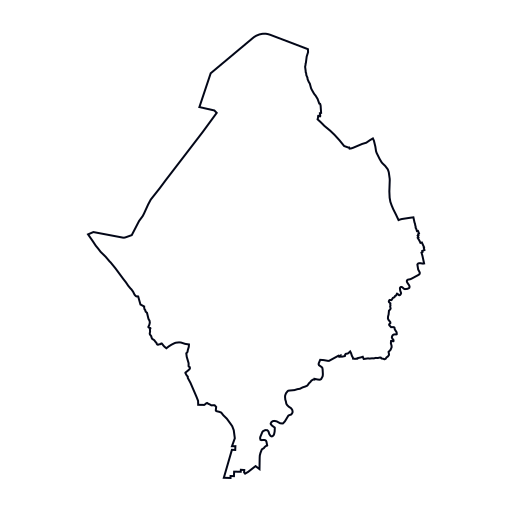 In Buri, Sing Buri, Thailand, rotated 271°
{"feature_id": "78962969B87157930386242", "entity_name": "In Buri", "entity_type": "district", "adm_level": 2, "iso_a3": "THA", "parent_name": "Thailand", "parent_adm1": "Sing Buri", "projection": "mercator", "projection_center": [100.326, 15.029], "detail": "fine", "context": "isolated", "style": "outline", "palette": "ink", "viewbox_px": 512, "rotation_deg": 271, "n_neighbors": 0, "source": "geoboundaries", "source_scale": "gbopen_adm2", "svg_char_len": 6034}
<svg xmlns="http://www.w3.org/2000/svg" viewBox="0 0 512 512"><g transform="rotate(271 256 256)"><path d="M403.9,196.8L400.8,211.8L398.4,214.2L379.0,200.5L330.1,164.3L322.0,158.5L310.6,149.8L305.7,147.3L296.5,143.3L293.9,142.0L289.0,138.5L274.7,131.4L272.8,126.4L272.1,124.4L272.0,122.9L277.1,93.0L274.7,87.7L267.6,92.8L263.5,95.6L260.7,98.0L257.4,100.6L252.6,105.7L248.0,109.7L247.0,110.8L241.3,115.6L230.6,123.8L227.4,126.4L224.1,128.7L221.3,131.1L220.6,131.9L218.2,133.7L215.3,135.2L214.8,135.6L213.9,136.5L213.5,137.2L213.6,138.7L213.5,138.9L205.5,141.3L203.6,145.0L203.3,144.9L200.7,145.5L200.0,146.2L198.5,146.6L197.3,148.0L191.2,149.6L189.4,150.7L187.4,151.0L185.2,150.5L183.2,149.6L182.9,149.7L182.6,150.1L182.2,150.8L182.1,151.6L181.9,151.7L180.7,151.2L178.6,151.4L176.6,151.1L175.7,151.3L174.1,152.6L172.4,153.1L171.4,153.6L170.0,155.8L168.6,156.8L167.5,157.9L166.5,158.3L165.9,158.7L165.6,159.2L165.6,159.7L166.0,160.7L166.2,162.0L166.9,162.8L166.8,163.4L164.6,165.2L163.6,166.2L162.2,168.0L164.2,170.5L165.9,173.1L167.5,176.2L167.9,177.4L168.3,180.6L168.2,182.4L166.9,186.7L166.4,190.5L164.0,190.4L160.9,189.5L159.0,189.2L158.2,188.7L157.5,188.0L154.0,188.5L147.6,190.5L144.7,190.5L144.3,190.7L143.7,191.7L142.7,191.9L141.7,191.5L140.0,189.7L138.2,187.5L137.9,187.4L135.5,188.7L134.2,189.9L133.0,189.9L128.0,192.7L114.3,198.9L110.2,200.6L106.2,200.8L106.2,206.8L106.9,207.8L107.9,208.9L108.2,209.7L108.0,210.1L107.4,210.8L107.0,212.0L105.9,214.0L106.1,216.9L106.0,217.3L104.4,218.8L101.1,218.5L100.6,218.6L100.1,219.5L99.5,222.2L98.8,224.0L96.2,226.1L92.8,229.7L87.5,233.7L85.4,235.2L81.4,236.8L73.4,238.0L65.4,235.3L65.5,238.7L61.7,238.6L61.8,235.3L33.7,227.7L33.6,234.4L35.6,234.4L35.5,237.8L40.0,237.9L40.0,241.4L40.0,244.5L42.0,244.6L41.8,248.0L39.4,247.9L38.2,248.9L40.0,251.9L45.9,259.2L43.0,263.2L54.8,263.2L56.7,263.3L59.2,263.9L62.2,265.0L62.9,265.4L64.0,267.2L64.9,267.8L65.7,268.6L66.4,269.6L66.6,270.4L66.7,270.5L70.4,269.7L71.5,269.2L72.1,268.1L72.2,267.0L72.0,264.6L72.3,263.7L73.8,263.3L75.0,263.4L80.1,265.4L81.0,266.1L82.1,268.3L82.0,270.3L81.4,271.0L80.8,271.5L78.0,272.5L76.5,273.6L76.2,274.0L75.9,274.7L76.1,275.6L76.7,276.3L77.6,277.0L78.7,277.3L80.8,277.7L84.4,277.8L84.8,277.7L86.6,275.1L88.0,273.8L88.5,273.6L89.0,273.7L90.4,274.5L91.3,276.0L91.4,277.6L91.0,279.6L89.2,283.0L89.0,285.2L89.1,285.9L89.4,286.2L91.2,287.8L96.9,291.1L97.4,291.9L98.1,293.9L99.1,294.7L100.1,295.2L100.8,295.3L101.7,295.2L103.0,294.8L104.5,293.6L105.9,291.4L107.4,289.8L108.8,288.9L111.2,288.4L112.9,287.8L115.6,287.5L117.1,287.6L119.3,288.4L121.3,289.9L121.8,290.5L122.0,291.2L122.6,296.8L123.6,299.8L124.0,302.2L125.4,304.8L126.3,307.4L127.1,309.2L127.6,309.8L129.8,311.3L130.8,312.4L132.4,313.6L133.4,315.2L133.6,316.0L133.5,316.5L134.2,316.6L133.6,319.7L133.4,321.6L133.6,322.5L134.1,323.3L136.8,324.7L138.2,324.9L139.4,324.9L143.7,324.6L145.2,324.3L146.0,323.7L147.9,320.9L148.9,320.5L149.8,320.6L153.3,322.0L153.1,325.5L152.4,329.8L152.4,330.8L157.7,340.1L157.0,340.6L157.7,341.6L158.0,342.2L156.8,342.1L157.0,343.1L156.8,343.6L157.5,346.6L157.9,346.8L158.8,346.8L159.6,347.3L159.8,347.7L160.0,349.0L160.4,350.0L162.2,351.8L160.6,352.7L157.9,353.6L156.3,354.5L155.7,354.8L155.1,354.8L154.9,356.7L155.1,359.1L155.6,359.2L156.5,362.8L157.1,364.5L155.0,365.4L154.9,365.5L155.6,369.8L155.4,371.2L155.7,373.6L155.7,375.7L156.2,377.4L156.1,379.5L156.7,381.9L156.5,382.7L155.9,383.0L155.7,383.3L155.5,384.9L155.0,386.2L155.5,387.4L156.9,388.3L157.9,389.7L159.5,390.7L160.6,390.6L162.4,390.2L164.6,392.2L167.2,393.2L168.7,393.1L171.0,392.4L173.4,392.5L173.5,392.8L173.1,394.6L173.2,394.9L173.7,395.0L174.4,394.9L175.8,393.8L176.7,393.3L177.5,393.3L178.4,393.6L179.3,394.2L179.8,394.9L180.0,395.8L180.1,397.9L180.3,398.1L181.7,398.0L182.4,397.8L184.8,396.2L185.5,395.9L186.5,395.8L187.0,395.5L187.3,394.7L187.2,392.3L189.1,390.5L189.6,390.3L190.1,390.4L191.2,391.5L191.8,391.5L192.4,391.3L194.6,389.5L195.3,389.2L195.9,389.0L197.9,389.1L199.8,389.6L203.6,389.9L205.1,391.2L205.9,391.5L207.9,391.0L208.9,391.3L209.7,391.1L211.0,391.2L212.2,389.8L212.7,389.6L213.3,389.7L214.0,390.0L214.4,390.5L214.2,391.9L214.5,392.4L216.5,393.6L217.1,394.9L217.5,395.3L218.5,395.8L219.0,396.8L220.8,397.6L220.7,398.1L219.4,399.5L219.3,400.2L219.7,400.9L220.7,401.5L221.4,401.7L222.1,401.5L223.8,400.8L225.8,400.5L226.6,400.5L227.4,401.1L227.6,401.8L227.3,402.8L226.0,404.3L225.6,404.9L225.5,405.5L225.8,407.9L226.4,409.2L226.8,409.8L227.8,410.1L228.6,409.9L229.2,409.7L231.8,407.9L232.9,407.3L234.0,407.3L234.6,407.7L235.0,408.3L235.5,410.7L236.0,411.8L239.7,418.4L240.5,419.6L241.3,420.0L242.4,420.0L245.3,418.4L250.2,417.5L250.5,417.6L251.2,418.1L251.6,419.0L251.7,420.2L251.3,423.1L251.5,424.2L259.1,422.4L262.3,421.4L262.9,422.4L263.9,422.1L264.9,424.3L267.2,423.6L267.6,423.9L272.4,421.6L272.0,420.2L274.4,419.0L276.9,417.4L277.4,418.1L279.1,417.3L279.6,418.1L280.6,417.7L281.4,418.6L283.9,417.5L283.7,416.5L286.3,415.6L287.0,415.1L288.2,415.1L289.4,414.7L291.0,414.4L292.3,413.9L297.4,412.7L297.0,409.9L295.5,401.1L295.0,399.4L294.4,397.9L299.7,395.3L305.2,392.4L308.8,390.8L312.5,389.4L316.6,388.6L322.9,388.2L334.2,388.4L335.7,388.3L342.0,387.3L343.5,386.8L345.0,386.2L348.3,383.6L350.9,380.8L352.1,379.8L355.4,377.8L361.2,374.8L362.9,374.2L367.5,373.4L373.3,371.9L375.6,370.8L373.8,367.9L371.2,364.3L369.9,360.2L365.9,351.2L365.2,349.2L365.0,347.7L366.1,347.3L366.0,346.6L367.5,342.2L373.1,337.5L378.5,332.4L382.4,328.2L387.2,322.2L390.9,318.4L393.7,315.2L395.4,315.6L397.2,315.7L397.3,315.8L396.8,316.8L396.8,317.7L397.1,317.8L399.9,317.4L400.2,318.6L407.3,318.0L408.9,317.6L409.3,317.4L409.5,316.6L414.2,314.8L417.5,312.7L418.6,311.7L420.1,310.7L423.5,308.7L424.8,308.1L429.3,306.8L431.0,305.7L433.7,304.5L435.2,304.3L437.6,303.2L439.8,302.9L440.6,302.5L442.0,302.4L446.0,301.8L448.1,302.2L449.1,302.2L449.9,302.5L456.3,303.2L460.7,304.5L463.7,304.3L477.4,266.4L478.0,264.3L478.4,262.0L478.3,258.6L477.6,255.6L476.3,252.5L475.0,250.4L473.7,248.8L437.9,207.5L403.9,196.8Z" fill="none" stroke="#020617" stroke-width="2"/></g></svg>